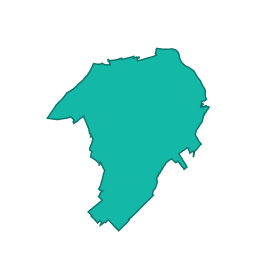 Breasta, Dolj, Romania (Robinson projection), rotated 314°
{"feature_id": "2599482B32619103833819", "entity_name": "Breasta", "entity_type": "district", "adm_level": 2, "iso_a3": "ROU", "parent_name": "Romania", "parent_adm1": "Dolj", "projection": "robinson", "projection_center": [23.666, 44.346], "detail": "fine", "context": "isolated", "style": "filled", "palette": "teal", "viewbox_px": 256, "rotation_deg": 314, "n_neighbors": 0, "source": "geoboundaries", "source_scale": "gbopen_adm2", "svg_char_len": 5615}
<svg xmlns="http://www.w3.org/2000/svg" viewBox="0 0 256 256"><g transform="rotate(314 128 128)"><path d="M208.3,97.7L205.3,93.4L204.1,93.6L204.0,93.9L203.5,94.4L201.9,95.3L201.2,95.5L200.8,95.6L200.6,96.0L200.7,97.2L200.6,97.7L199.8,97.6L197.2,96.7L189.4,92.0L187.3,91.0L183.0,88.2L183.7,86.8L184.1,86.3L186.4,87.3L186.7,86.6L184.8,85.3L184.8,84.7L184.2,84.4L182.8,83.9L182.1,83.4L182.3,83.3L182.6,83.0L183.1,82.8L183.3,82.7L183.5,82.4L177.1,78.6L173.1,76.1L173.9,75.1L172.8,74.2L172.6,74.1L172.2,74.1L171.7,73.8L171.7,73.6L171.2,73.5L170.8,73.3L170.7,73.2L169.7,72.7L169.4,72.6L169.2,72.2L168.9,72.1L168.0,71.7L164.0,68.2L163.8,67.9L163.5,67.9L163.4,67.8L163.4,66.9L163.5,65.9L163.4,65.9L163.2,66.0L162.2,67.5L162.1,67.9L162.7,68.6L162.1,69.7L161.4,70.7L161.5,71.0L161.2,71.3L160.9,71.2L160.5,70.9L159.3,69.4L158.2,68.4L157.6,67.5L157.3,66.9L156.9,66.0L156.6,64.3L156.4,64.3L156.1,64.6L155.9,64.6L155.6,64.4L154.0,63.0L153.8,63.1L152.2,61.1L150.4,58.5L143.4,60.9L142.5,61.0L141.9,61.3L139.5,61.6L139.2,61.8L137.3,62.4L137.2,62.3L136.8,62.3L136.7,62.2L136.5,61.9L133.3,62.1L132.8,62.2L132.2,62.5L131.7,62.5L129.6,62.2L128.4,62.2L127.5,62.1L126.2,62.0L125.9,61.9L124.8,61.8L124.2,61.6L123.9,61.6L122.6,62.1L122.3,62.1L121.5,61.8L121.1,61.7L119.5,61.8L119.1,61.6L117.1,61.3L116.5,61.2L116.1,61.0L115.1,61.1L114.6,61.2L114.4,61.1L114.4,60.7L113.1,60.4L112.6,60.1L111.0,60.0L110.7,59.6L109.5,59.9L103.8,60.5L100.8,60.5L98.2,60.3L97.2,60.4L94.7,60.4L91.4,61.1L86.5,61.9L83.2,62.5L82.0,62.7L79.8,63.0L79.0,63.2L79.8,64.4L80.5,65.1L83.2,69.0L83.8,69.7L85.2,71.5L88.7,74.1L93.1,77.5L95.3,78.6L96.3,79.3L96.3,81.6L96.2,82.8L96.2,84.1L94.4,84.1L93.7,85.9L95.0,86.1L97.3,86.7L98.5,86.8L101.0,87.0L103.6,87.4L105.0,87.8L105.7,88.0L105.3,88.4L104.7,89.8L103.7,92.3L100.3,100.0L97.4,104.3L97.8,104.9L97.7,105.5L95.6,107.3L96.8,107.8L96.6,108.7L96.3,109.4L95.8,110.3L95.4,110.6L94.7,110.9L94.1,111.2L93.6,111.6L92.8,112.1L91.0,112.9L89.1,113.5L87.4,114.3L86.2,115.0L85.8,115.4L85.7,116.0L85.9,118.2L85.7,118.4L81.2,121.1L81.9,124.0L82.3,126.4L82.5,128.7L82.5,129.8L82.6,131.2L82.6,131.8L82.4,132.1L82.4,132.5L81.5,132.7L81.3,132.8L81.2,133.0L81.6,133.1L82.1,133.1L82.5,132.9L84.1,132.1L83.7,133.3L82.7,136.3L82.1,137.7L81.1,141.1L79.5,141.5L77.6,142.5L74.8,144.3L67.9,148.0L66.9,148.5L64.4,149.2L64.0,149.3L63.6,149.5L63.8,150.1L64.0,152.3L64.1,152.6L64.9,153.4L63.7,153.2L62.5,153.2L62.1,153.3L62.0,153.7L60.6,153.6L60.3,154.3L58.2,154.4L58.2,159.7L56.3,159.5L53.5,159.1L51.7,159.0L51.0,158.8L49.7,158.7L41.5,157.7L40.0,157.6L40.0,162.1L39.7,162.0L39.6,163.2L38.9,163.2L39.1,165.9L38.6,172.2L41.6,171.9L41.8,174.9L39.2,175.4L38.8,175.5L38.7,175.6L39.0,175.6L40.0,176.0L43.6,176.4L43.9,176.5L44.1,177.2L44.4,177.6L48.1,177.4L48.2,178.3L48.2,179.9L47.6,192.7L54.5,192.8L56.0,192.9L57.6,193.0L60.1,193.0L63.0,192.7L63.0,191.8L63.4,191.8L63.6,191.9L63.8,192.1L64.5,192.1L66.0,192.3L67.1,192.4L68.2,192.3L69.0,192.5L69.6,192.5L70.2,192.5L77.9,192.6L79.2,192.5L97.3,193.0L97.3,191.7L98.4,190.9L98.7,190.8L99.2,190.4L99.5,190.2L100.2,189.9L101.2,189.6L103.1,189.5L103.7,189.4L105.9,188.5L109.0,186.9L109.7,186.1L110.8,185.0L111.1,184.4L111.7,183.8L111.8,183.5L111.8,183.2L112.9,183.1L114.5,183.0L114.4,182.3L114.5,182.3L115.1,182.2L115.4,182.2L115.7,182.4L116.3,182.4L117.1,182.2L117.3,182.0L117.4,181.8L117.4,181.7L117.6,181.8L117.8,182.1L118.6,182.1L119.0,181.9L119.3,181.7L120.5,181.4L121.9,181.3L123.1,180.7L123.2,180.4L123.3,180.3L123.7,180.2L123.8,180.3L123.8,180.7L124.3,180.5L125.0,180.4L125.7,180.2L127.3,180.1L127.9,180.0L128.7,179.7L129.4,179.6L131.0,179.7L131.9,179.8L134.3,180.3L135.5,180.6L136.2,180.8L136.1,183.3L136.1,186.4L136.4,186.6L138.6,187.0L138.8,187.0L138.6,188.9L138.2,190.7L137.9,193.2L137.7,194.2L137.7,195.8L137.3,196.6L137.2,197.1L139.0,197.2L140.9,197.5L141.8,194.5L143.0,189.3L144.7,183.0L145.1,182.5L155.4,184.5L154.5,187.0L154.0,188.1L153.8,188.7L153.4,189.4L152.9,189.8L152.8,190.0L154.5,190.2L156.3,191.0L156.9,191.4L156.0,192.3L154.1,193.9L153.1,194.5L152.8,194.8L152.9,195.0L157.9,192.0L158.2,191.9L159.4,192.2L161.8,192.1L165.4,191.7L167.3,191.9L167.5,190.6L167.6,188.7L168.2,186.5L169.1,183.8L169.7,181.4L169.9,181.1L170.1,180.9L170.5,180.6L171.2,180.4L171.5,180.0L173.9,178.7L175.0,178.4L176.5,178.4L177.5,178.2L179.2,177.7L180.7,177.5L181.1,177.4L181.7,177.0L181.9,177.2L182.1,177.3L182.8,177.3L183.5,177.1L184.6,176.5L185.0,176.3L185.3,176.0L186.2,175.6L187.7,174.8L188.5,174.2L189.0,174.0L189.8,173.7L190.4,174.0L190.6,174.0L190.7,173.9L190.8,173.7L190.7,173.3L190.8,173.1L191.0,172.9L191.6,172.7L191.9,172.7L192.1,172.9L192.3,173.2L192.5,173.3L193.9,173.0L195.2,172.6L195.8,172.5L196.5,172.4L198.2,172.2L198.6,172.1L199.1,171.9L199.3,171.9L199.0,170.8L198.6,170.5L198.4,169.7L198.3,168.8L198.1,168.7L197.9,168.4L197.3,168.1L197.1,168.1L197.1,168.7L196.5,168.3L196.0,168.1L195.1,167.9L195.1,167.7L195.8,167.5L195.9,167.4L195.9,167.2L195.6,166.6L195.4,166.4L195.0,166.2L193.5,165.9L193.6,165.5L193.8,165.4L194.0,165.3L194.8,165.6L195.6,165.7L194.4,165.3L194.3,165.2L194.6,165.1L194.8,164.9L195.1,164.8L195.5,164.9L196.3,165.3L196.7,165.4L196.6,165.2L195.7,164.8L195.6,164.7L195.8,164.5L196.4,164.8L197.3,164.7L197.1,164.5L196.7,164.3L196.9,163.4L197.2,163.2L198.4,162.8L199.3,162.9L199.7,163.1L200.0,163.4L200.5,164.1L200.8,164.3L203.2,164.5L203.3,164.5L204.0,162.3L204.8,161.2L208.4,158.0L209.5,155.7L210.0,152.9L212.3,147.0L212.6,143.7L213.3,140.7L213.8,138.9L214.7,136.3L214.6,134.5L213.7,129.4L212.5,126.4L212.4,121.8L213.0,119.0L214.0,117.0L216.6,113.0L217.1,111.6L217.3,110.2L217.4,108.3L215.7,104.9L212.8,102.5L208.3,97.7Z" fill="#14b8a6" stroke="#0f766e" stroke-width="1.5"/></g></svg>